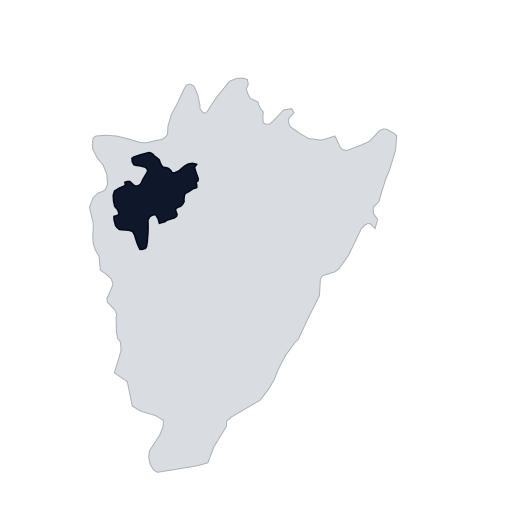 location of Tuzla within Bosnia and Herzegovina, rotated 253°
{"feature_id": "BIH-2887", "entity_name": "Tuzla", "entity_type": "Canton", "adm_level": 1, "iso_a3": "BIH", "parent_name": "Bosnia and Herzegovina", "parent_adm1": "", "projection": "equal_earth", "projection_center": [18.577, 44.534], "detail": "fine", "context": "in_parent", "style": "filled", "palette": "ink", "viewbox_px": 512, "rotation_deg": 253, "n_neighbors": 0, "source": "natural_earth", "source_scale": "10m", "svg_char_len": 3263}
<svg xmlns="http://www.w3.org/2000/svg" viewBox="0 0 512 512"><g transform="rotate(253 256 256)"><path d="M416.7,135.2L417.5,138.0L415.4,147.6L411.4,158.0L404.9,168.8L398.1,179.0L396.3,184.4L395.8,193.0L395.0,199.8L395.9,203.5L398.2,207.0L405.8,209.7L416.1,216.5L424.9,225.4L436.2,235.5L439.7,239.2L439.7,243.3L436.5,246.3L426.9,247.4L416.9,246.5L413.0,245.5L409.5,246.7L407.3,249.0L408.5,251.7L418.8,264.0L430.8,281.7L431.5,289.3L430.0,295.3L427.3,299.4L422.3,298.7L418.5,295.5L412.8,295.7L408.4,296.6L402.6,303.0L399.7,302.7L394.7,303.7L391.6,305.0L386.6,303.1L381.4,301.9L379.1,303.8L378.1,307.6L381.4,314.4L387.5,325.1L386.5,333.2L381.9,334.1L377.7,327.3L373.9,326.2L369.6,326.5L359.8,334.3L352.6,341.0L350.9,345.6L348.3,350.7L347.5,354.3L347.7,366.5L334.6,368.5L331.9,370.3L330.3,374.0L331.4,389.7L332.5,398.1L339.9,411.1L340.2,415.2L339.1,417.9L333.8,423.1L331.3,425.0L329.6,425.6L320.9,422.2L316.8,420.6L299.4,409.0L291.7,402.6L279.6,394.3L272.1,389.5L268.3,382.3L262.3,380.7L255.3,383.0L247.4,377.8L253.0,375.1L254.4,372.5L253.7,369.2L251.3,364.6L229.9,345.0L219.5,331.6L217.8,326.8L217.7,314.0L215.3,310.9L199.6,305.1L182.2,288.5L164.2,272.3L161.8,267.7L152.6,255.5L141.3,244.3L132.4,237.2L125.0,229.1L116.9,217.8L112.9,200.8L109.3,185.7L106.8,179.8L101.7,177.8L85.8,159.9L72.3,149.5L72.6,138.3L75.1,119.6L78.0,98.4L81.3,95.5L87.6,93.9L94.7,94.5L100.8,97.1L112.9,111.6L119.8,117.2L125.8,119.4L132.7,113.3L141.2,100.5L148.6,93.8L173.4,96.2L185.6,86.4L205.1,99.3L213.2,101.3L217.8,99.5L224.0,100.3L237.8,104.1L241.0,105.7L245.1,105.4L255.4,100.4L258.8,101.0L270.5,110.9L276.3,111.0L283.4,106.7L288.0,103.0L301.4,105.8L309.0,104.1L315.4,104.0L322.3,105.6L328.6,107.9L334.8,109.9L351.3,111.0L359.3,117.3L362.5,123.3L362.5,127.0L363.3,131.0L367.9,135.0L377.9,137.2L384.2,136.7L387.5,136.4L396.0,132.9L406.1,131.1L413.3,133.2L416.7,135.2Z" fill="#d9dde1" stroke="#a8b0b8" stroke-width="1"/><path d="M315.5,173.1L319.9,173.3L324.8,172.2L325.4,169.4L324.8,166.2L322.2,163.3L318.0,162.1L314.0,160.9L309.3,159.3L305.3,157.7L301.1,156.1L297.1,154.1L295.6,152.5L295.6,149.0L296.3,146.9L300.2,146.3L304.3,146.0L311.8,146.0L315.6,145.1L317.9,141.7L320.0,136.2L321.3,133.1L323.8,131.5L326.1,130.6L332.1,130.8L335.4,131.7L335.4,134.6L335.4,136.0L336.5,137.2L339.0,137.4L341.4,136.9L344.8,135.4L350.1,135.8L355.8,137.2L359.5,139.7L360.9,144.8L361.4,149.8L362.1,151.9L364.8,152.1L365.0,154.2L364.3,157.0L361.7,158.6L359.0,160.2L357.9,161.7L357.7,164.5L358.7,167.0L362.4,170.3L367.6,176.0L369.1,177.3L371.0,177.3L373.2,176.2L375.9,171.8L377.7,167.9L378.9,165.9L382.3,165.2L385.7,165.9L386.4,167.9L386.6,174.1L386.6,175.1L386.3,183.7L385.5,185.4L383.1,187.4L381.4,188.0L378.7,190.1L376.2,191.6L372.4,191.7L368.2,192.8L366.9,195.8L365.2,198.1L362.3,199.7L360.1,200.1L359.3,202.2L360.0,207.4L361.5,210.6L362.9,214.0L363.8,217.9L363.3,222.2L361.2,225.9L361.0,226.1L358.8,223.1L353.4,223.1L346.8,223.4L344.9,222.6L343.9,220.1L341.3,220.1L339.2,219.6L338.7,219.0L338.7,215.4L337.3,211.0L336.5,206.7L334.7,205.2L331.4,203.7L329.1,203.2L326.7,200.7L325.5,198.1L325.5,195.8L324.8,193.4L323.5,192.5L318.7,192.7L317.2,191.6L316.3,189.1L316.3,186.5L316.3,184.0L316.2,181.0L315.4,178.9L315.4,177.1L315.5,174.7L315.5,173.1Z" fill="#0f172a" stroke="#020617" stroke-width="1.5"/></g></svg>